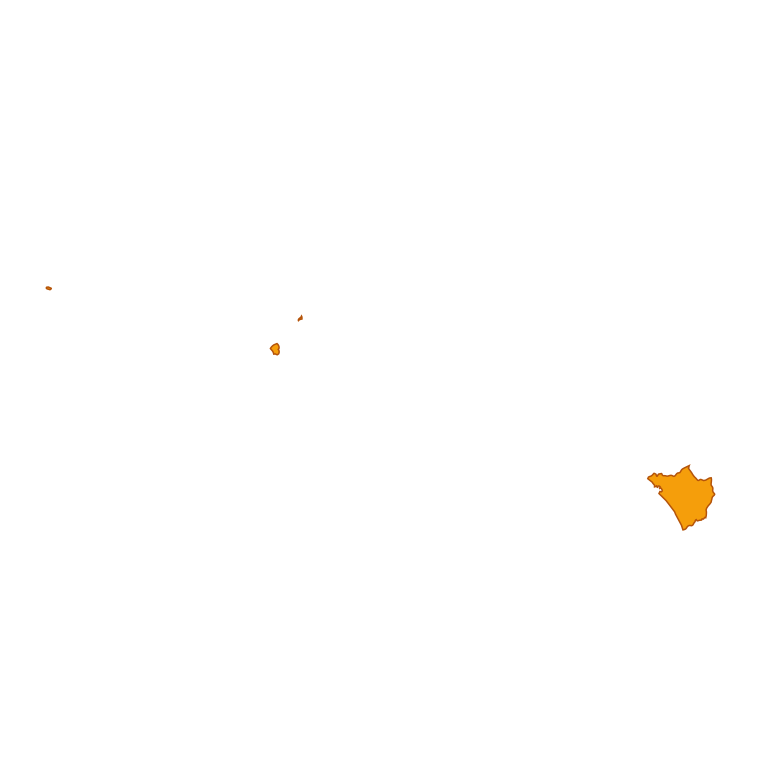 Colima, Natural Earth projection, rotated 23°
{"feature_id": "MEX-2718", "entity_name": "Colima", "entity_type": "State", "adm_level": 1, "iso_a3": "MEX", "parent_name": "Mexico", "parent_adm1": "", "projection": "natural_earth1", "projection_center": [-105.619, 18.931], "detail": "fine", "context": "isolated", "style": "filled", "palette": "amber", "viewbox_px": 768, "rotation_deg": 23, "n_neighbors": 0, "source": "natural_earth", "source_scale": "10m", "svg_char_len": 3028}
<svg xmlns="http://www.w3.org/2000/svg" viewBox="0 0 768 768"><g transform="rotate(23 384 384)"><path d="M716.2,401.5L713.0,397.8L703.2,389.9L701.5,388.1L694.7,384.2L689.2,381.1L685.4,379.6L683.5,378.8L682.2,378.3L680.9,377.8L679.9,377.4L680.0,375.1L681.4,374.9L681.8,374.2L681.6,373.0L680.1,371.8L679.3,371.6L678.7,372.4L678.4,372.1L678.5,370.8L677.6,370.4L676.5,370.6L676.1,371.1L676.3,372.2L675.8,372.3L675.3,371.7L674.7,371.3L674.0,372.3L673.2,373.0L672.5,371.4L670.4,370.4L669.3,369.6L663.8,368.1L663.8,366.4L664.5,365.5L665.5,364.7L666.4,363.5L667.0,361.9L667.3,360.9L667.9,360.6L669.6,360.8L670.0,361.2L670.5,361.9L671.0,362.3L671.6,362.0L671.7,361.5L671.7,361.0L671.7,360.4L671.8,360.0L672.1,359.5L672.6,359.2L673.1,358.9L673.6,358.5L674.4,358.0L674.9,358.2L675.4,358.7L675.9,359.2L676.6,359.3L677.4,359.1L678.3,358.7L679.0,358.5L679.6,358.4L680.2,358.3L680.8,358.1L681.4,357.8L682.5,356.8L683.5,356.1L684.6,355.7L685.9,355.8L687.0,355.7L687.7,354.9L688.1,353.6L688.5,352.1L689.2,351.1L690.1,350.6L690.9,350.0L691.2,348.7L691.4,346.9L691.9,345.7L692.7,344.6L693.8,343.3L694.5,342.5L695.3,341.6L696.0,340.8L696.8,339.9L696.8,340.2L696.9,340.5L697.0,340.8L697.1,341.1L697.1,341.5L697.2,341.8L697.3,342.1L697.1,342.5L698.7,343.6L700.3,344.5L701.9,345.5L703.5,346.7L704.5,347.3L705.7,348.0L706.9,348.5L708.0,348.9L709.3,349.6L710.4,350.1L711.4,349.8L712.4,348.3L713.3,348.0L714.1,348.0L715.0,348.0L715.9,348.0L717.6,346.9L718.9,345.2L720.2,343.5L721.8,342.5L722.6,343.6L723.2,345.1L723.7,346.7L724.1,348.1L724.7,349.3L725.8,350.0L726.9,350.7L727.7,352.0L727.9,352.9L728.2,353.7L728.6,354.3L729.2,354.9L729.7,355.2L730.5,355.6L731.2,356.0L731.5,356.4L731.4,357.3L731.1,358.0L730.8,358.7L730.5,359.5L730.5,360.7L730.8,362.1L731.0,363.6L731.3,364.8L730.9,366.9L730.0,369.6L729.5,372.3L729.7,374.1L730.8,375.8L731.5,377.6L732.1,379.4L732.4,381.4L731.6,381.3L731.3,381.8L731.1,382.7L730.8,383.5L730.5,383.7L730.2,383.7L729.8,383.7L729.5,383.9L729.4,384.2L729.4,384.5L729.5,384.8L729.5,385.1L729.1,385.4L728.3,385.8L727.5,386.3L726.9,386.8L726.3,387.4L725.8,387.6L725.2,387.3L724.5,386.8L724.2,387.1L724.0,387.4L723.9,387.8L723.9,388.3L724.0,388.6L724.1,388.9L724.1,389.2L724.0,389.6L723.7,390.5L723.6,391.4L723.5,392.4L723.3,393.3L722.6,394.2L721.8,394.5L721.0,394.6L720.1,395.1L719.5,395.7L719.1,396.6L718.8,397.5L718.7,398.4L718.3,399.6L717.7,400.3L716.9,401.0L716.2,401.5ZM273.1,393.5L273.9,393.9L274.7,394.9L275.2,396.2L275.2,397.5L274.3,398.8L273.3,398.9L272.1,398.8L270.9,399.6L270.0,398.5L269.2,397.7L268.3,397.1L265.6,395.8L265.6,395.3L265.9,394.0L266.5,392.4L267.4,390.9L269.7,388.6L271.0,389.1L272.5,390.3L273.4,391.9L273.1,393.5ZM37.0,425.9L40.2,425.9L40.4,426.1L40.4,426.5L40.2,427.0L40.0,427.4L39.6,427.7L39.2,427.8L38.8,427.8L36.6,428.1L35.6,427.6L35.6,426.8L37.0,425.9ZM281.5,353.7L282.0,354.1L282.4,354.7L283.1,356.2L281.5,357.4L280.8,358.2L280.6,358.9L280.5,359.1L280.3,358.9L280.1,358.4L280.1,357.7L280.3,357.0L281.2,355.4L281.5,354.7L281.5,353.7Z" fill="#f59e0b" stroke="#b45309" stroke-width="1.5"/></g></svg>